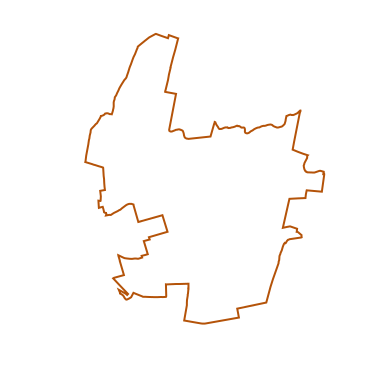 the district of Daneasa, Olt, Romania, rotated 300°
{"feature_id": "2599482B91026732160109", "entity_name": "Daneasa", "entity_type": "district", "adm_level": 2, "iso_a3": "ROU", "parent_name": "Romania", "parent_adm1": "Olt", "projection": "orthographic", "projection_center": [24.592, 44.122], "detail": "fine", "context": "isolated", "style": "outline", "palette": "amber", "viewbox_px": 384, "rotation_deg": 300, "n_neighbors": 0, "source": "geoboundaries", "source_scale": "gbopen_adm2", "svg_char_len": 5938}
<svg xmlns="http://www.w3.org/2000/svg" viewBox="0 0 384 384"><g transform="rotate(300 192 192)"><path d="M281.7,273.9L280.7,269.2L279.8,263.9L279.0,258.0L286.3,255.4L313.8,246.0L315.0,245.7L316.3,245.5L316.7,245.3L316.8,245.2L316.7,245.0L316.4,244.9L314.9,244.4L313.1,243.9L312.6,243.6L310.1,241.9L309.1,241.0L308.9,240.4L308.4,239.6L308.3,238.8L308.2,238.5L307.3,237.6L306.7,237.1L305.6,236.4L305.1,235.8L304.8,235.8L304.5,236.0L302.8,236.5L301.1,237.1L300.6,237.4L299.8,237.6L297.3,238.2L296.7,238.1L294.9,237.6L293.7,237.1L293.4,236.9L292.9,236.3L291.1,234.6L290.7,234.0L290.4,233.5L290.2,232.9L290.1,231.9L290.0,231.4L289.9,231.0L289.8,229.4L290.1,228.2L290.1,227.7L290.0,227.3L289.8,226.4L289.4,225.8L288.2,224.3L287.5,223.6L286.7,223.0L286.1,222.4L285.5,221.7L285.1,220.9L284.1,219.8L283.5,219.3L282.7,218.7L282.1,218.4L281.7,218.1L281.5,217.9L280.9,217.0L279.7,215.9L277.6,214.5L275.5,213.6L274.7,213.0L273.8,212.5L271.9,211.8L271.4,211.4L270.7,210.9L270.3,210.3L270.1,209.8L270.0,209.3L270.0,208.5L270.2,208.2L270.6,207.7L271.1,207.4L272.3,206.8L272.9,206.3L273.4,205.9L273.7,205.4L273.8,205.1L273.7,204.7L273.5,204.1L273.0,203.5L272.7,203.0L272.5,202.5L272.5,202.2L272.6,201.9L272.7,200.9L272.6,199.6L272.3,199.2L272.0,199.0L272.0,198.8L272.0,197.9L271.8,197.7L270.0,196.4L268.8,195.3L268.5,195.0L267.8,194.1L267.5,193.8L266.5,192.9L265.9,192.0L265.5,191.4L265.5,191.2L265.7,190.6L265.7,190.3L265.3,189.9L264.9,189.0L263.9,187.9L261.5,186.1L261.0,185.4L260.3,184.3L260.3,184.0L260.3,183.8L260.4,183.5L261.0,182.4L261.3,182.0L262.2,180.0L262.6,179.3L263.1,178.6L263.3,178.2L264.0,177.5L264.1,177.2L263.9,176.8L263.9,176.7L263.0,177.0L262.1,177.1L249.3,180.3L236.4,162.6L236.2,162.3L236.0,161.6L235.6,160.7L235.5,160.1L235.5,159.2L235.7,158.4L235.9,158.1L237.2,156.6L237.8,156.2L238.8,155.3L240.1,153.8L240.4,153.1L240.4,152.7L240.3,151.9L240.3,151.4L240.1,150.9L240.0,150.4L240.1,150.1L239.5,149.0L239.3,148.7L238.7,148.2L238.2,147.5L237.6,146.8L237.3,146.6L236.6,146.2L236.1,145.7L235.7,145.4L234.8,144.7L234.4,144.4L234.1,144.0L233.8,143.5L233.6,143.0L233.6,142.4L233.7,141.9L233.7,141.7L234.5,141.1L269.0,129.1L265.3,118.7L265.8,118.4L267.2,118.1L277.1,115.2L282.2,113.3L289.0,111.3L289.0,111.1L299.4,108.2L306.7,106.4L315.6,103.9L318.1,103.2L318.0,102.9L316.3,93.5L313.2,94.3L311.8,87.0L310.9,81.7L310.6,81.4L305.1,78.0L304.4,77.6L301.9,76.6L301.1,76.3L299.4,75.6L298.3,75.2L295.2,74.0L290.9,72.4L290.6,72.4L289.6,72.8L288.2,72.9L283.0,73.7L281.6,73.8L279.7,73.9L277.2,74.3L271.8,75.3L270.1,75.5L268.3,75.8L263.6,76.9L260.3,77.5L258.6,77.9L258.0,77.9L257.4,77.9L255.1,77.4L249.6,77.2L246.9,77.2L246.1,77.2L244.7,77.3L243.4,77.5L240.1,77.7L237.8,78.0L235.5,77.8L235.2,77.9L234.1,78.4L233.2,78.7L231.8,78.9L230.4,79.4L228.0,80.8L227.0,81.4L225.0,82.2L224.1,82.4L223.1,82.8L221.0,83.3L219.2,83.7L218.9,82.8L218.3,81.8L218.2,80.7L218.1,80.0L217.8,79.2L217.6,78.8L217.0,78.3L216.7,77.7L216.4,77.5L215.2,77.4L214.7,77.1L214.1,76.8L213.2,76.1L212.3,75.3L212.2,75.1L211.6,75.3L209.0,75.4L204.7,75.3L204.1,75.3L203.7,75.2L202.9,74.8L202.1,74.6L201.6,74.5L200.8,74.4L196.8,73.4L195.8,73.3L195.4,73.3L194.2,73.7L193.0,74.3L190.6,75.0L189.8,75.2L186.9,76.4L185.6,76.7L182.6,77.9L181.4,78.4L173.7,81.1L170.6,82.2L165.4,84.4L164.6,84.6L164.8,85.5L166.3,92.0L166.4,92.9L166.9,94.7L167.7,98.4L168.3,100.8L168.4,101.2L168.4,101.5L168.6,102.1L168.7,102.7L168.5,103.0L161.7,107.5L159.2,109.4L155.9,111.5L152.7,113.7L150.2,115.6L147.1,111.9L142.7,115.2L139.0,117.1L138.5,117.2L137.7,115.3L132.1,119.0L131.7,119.3L133.4,120.9L134.5,122.1L132.8,123.9L131.2,125.4L130.5,126.0L130.5,127.0L130.9,128.0L130.6,128.2L130.1,128.9L128.6,129.2L129.1,129.8L130.0,130.8L131.0,132.1L131.2,132.4L131.3,132.8L131.5,133.1L131.7,133.3L133.4,134.1L134.9,134.9L138.3,137.2L140.2,138.2L140.8,138.8L142.7,139.4L147.4,141.4L148.5,142.0L149.3,142.6L150.2,143.4L150.8,144.4L151.5,145.6L151.9,147.6L150.9,148.4L139.2,160.5L157.1,178.0L145.3,190.7L131.3,177.3L129.7,179.1L125.4,174.8L116.0,184.8L113.8,182.7L111.5,180.3L110.3,181.6L107.9,179.4L107.3,178.8L106.9,178.0L106.4,176.8L105.8,175.8L105.3,175.0L105.0,174.7L104.4,173.9L103.9,173.2L102.9,171.2L101.8,168.7L101.0,166.7L100.8,164.9L100.7,163.8L100.4,159.8L100.0,160.1L96.4,163.9L96.2,163.9L86.0,174.6L78.6,167.3L77.8,166.9L74.6,177.6L71.7,187.6L70.4,187.3L70.7,186.1L70.8,184.2L70.7,180.3L70.7,177.5L68.8,180.0L68.1,180.4L68.2,182.4L67.9,184.2L66.6,186.6L66.3,187.0L66.2,187.7L65.9,188.8L66.0,189.0L66.3,189.4L68.0,190.6L70.4,191.9L75.4,191.7L75.7,194.1L76.7,201.0L76.7,201.7L77.0,202.4L77.7,203.6L79.5,207.1L81.5,210.8L83.7,214.7L85.5,217.5L86.5,219.4L87.8,221.4L88.2,221.9L88.8,221.8L89.2,221.6L99.0,215.6L99.2,216.1L104.1,223.8L105.9,226.8L106.4,227.7L110.8,234.8L106.5,237.3L106.4,237.1L105.7,237.6L103.8,238.5L101.8,239.4L100.7,239.7L100.4,240.0L95.9,241.7L93.4,243.0L92.2,243.7L91.3,244.2L76.8,249.5L79.9,258.0L82.7,265.6L83.2,266.7L84.3,268.7L85.0,269.6L106.7,295.4L113.6,289.5L133.4,311.6L149.2,307.4L156.9,305.7L173.5,302.6L175.2,301.8L176.5,301.6L178.0,300.9L179.8,300.0L180.6,299.7L182.5,299.5L183.4,299.2L184.5,299.1L186.4,298.9L190.1,298.0L191.5,297.8L193.1,297.6L193.6,297.7L194.2,297.8L194.1,298.2L194.2,298.5L194.4,298.6L194.6,298.7L194.9,298.6L195.6,298.7L197.0,298.7L198.0,298.9L198.5,299.0L198.7,299.3L199.9,300.1L207.1,309.2L207.6,309.6L208.0,309.3L209.5,308.3L209.5,308.0L210.2,304.2L210.2,303.4L210.1,302.9L209.9,302.6L212.7,301.4L211.3,294.2L211.1,293.9L209.4,291.9L206.4,288.6L231.5,280.8L234.8,279.8L239.1,286.4L243.5,293.3L246.9,291.8L250.4,290.6L250.8,290.5L257.2,304.3L273.2,297.8L273.9,297.3L273.3,296.7L275.4,295.9L274.7,293.2L274.5,292.5L274.1,291.9L273.8,291.6L270.7,288.9L269.9,288.1L267.0,282.6L266.7,282.1L266.6,281.3L266.6,280.9L266.8,280.9L266.9,279.4L267.0,279.3L267.2,279.2L267.4,278.7L267.7,278.2L269.0,276.9L269.7,276.3L270.8,275.5L271.8,275.4L273.0,275.0L273.8,274.9L278.9,274.7L279.2,274.6L280.9,273.7L281.7,273.9Z" fill="none" stroke="#b45309" stroke-width="2"/></g></svg>